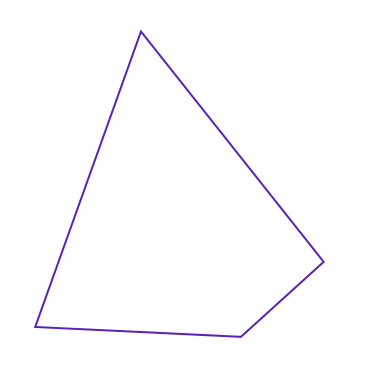 an SVG outline of Denigomodu, rotated 7°
{"feature_id": "NRU-4973", "entity_name": "Denigomodu", "entity_type": "state/province", "adm_level": 1, "iso_a3": "NRU", "parent_name": "Nauru", "parent_adm1": "", "projection": "natural_earth1", "projection_center": [166.912, -0.518], "detail": "fine", "context": "isolated", "style": "outline", "palette": "violet", "viewbox_px": 384, "rotation_deg": 7, "n_neighbors": 0, "source": "natural_earth", "source_scale": "10m", "svg_char_len": 221}
<svg xmlns="http://www.w3.org/2000/svg" viewBox="0 0 384 384"><g transform="rotate(7 192 192)"><path d="M52.8,345.1L121.8,38.9L331.2,245.3L258.2,329.8L52.8,345.1Z" fill="none" stroke="#5b21b6" stroke-width="2"/></g></svg>